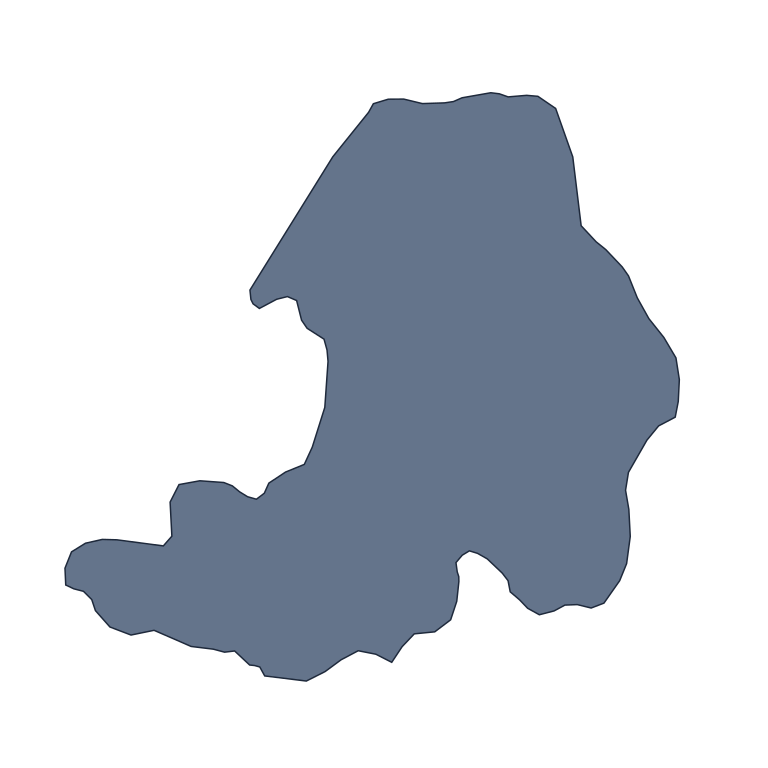 SVG path tracing the border of Plateau, rotated 277°
{"feature_id": "NGA-2866", "entity_name": "Plateau", "entity_type": "State", "adm_level": 1, "iso_a3": "NGA", "parent_name": "Nigeria", "parent_adm1": "", "projection": "orthographic", "projection_center": [9.38, 9.346], "detail": "fine", "context": "isolated", "style": "filled", "palette": "slate", "viewbox_px": 768, "rotation_deg": 277, "n_neighbors": 0, "source": "natural_earth", "source_scale": "10m", "svg_char_len": 1553}
<svg xmlns="http://www.w3.org/2000/svg" viewBox="0 0 768 768"><g transform="rotate(277 384 384)"><path d="M660.9,339.3L667.2,353.5L669.2,368.9L667.0,387.9L670.4,409.8L672.8,418.5L677.6,426.6L686.1,454.5L686.1,463.1L684.1,472.2L687.9,490.4L688.3,501.7L678.4,520.8L632.4,543.7L565.1,560.4L551.0,577.2L544.4,587.8L529.2,606.2L521.1,613.5L500.4,624.9L481.2,638.9L464.3,656.1L445.5,670.6L424.4,676.6L402.5,678.2L386.6,677.1L375.9,661.7L360.3,651.8L326.1,637.4L308.0,636.7L289.4,642.3L262.7,647.0L235.3,646.7L217.5,641.9L193.3,629.0L186.9,616.9L188.6,602.7L186.6,590.5L179.5,580.5L173.9,566.3L178.9,553.9L186.2,545.0L193.1,534.6L203.9,531.1L210.7,524.4L223.0,507.8L227.3,497.5L228.8,489.1L223.6,482.5L215.5,477.2L206.4,479.6L201.9,481.7L197.0,482.4L177.2,482.7L158.1,478.9L144.2,464.6L139.7,444.5L125.5,434.0L108.7,425.6L114.8,408.8L116.1,390.9L105.1,375.1L91.4,360.6L79.7,343.1L79.7,301.2L88.0,295.2L88.8,289.8L88.7,284.9L100.8,268.3L98.4,258.4L100.0,247.0L100.0,224.5L111.5,185.8L104.0,163.5L109.4,141.6L123.9,125.2L134.4,120.2L141.6,111.0L142.9,101.1L145.7,92.6L162.3,89.8L179.3,94.3L189.6,107.1L195.4,123.3L196.8,137.8L196.4,184.7L207.1,192.0L240.7,186.1L259.2,192.8L265.5,213.0L266.7,237.0L264.4,245.9L259.4,253.8L255.5,262.3L254.1,271.4L261.0,278.5L271.6,281.8L284.6,297.0L294.5,314.7L312.6,320.5L353.6,328.1L399.6,325.7L410.8,323.3L421.2,319.0L429.9,300.9L437.3,294.4L456.2,287.1L459.0,277.5L455.0,267.1L443.8,251.1L447.6,244.3L451.7,241.6L460.9,239.5L603.3,305.5L651.8,335.6L660.9,339.3Z" fill="#64748b" stroke="#1e293b" stroke-width="1.5"/></g></svg>